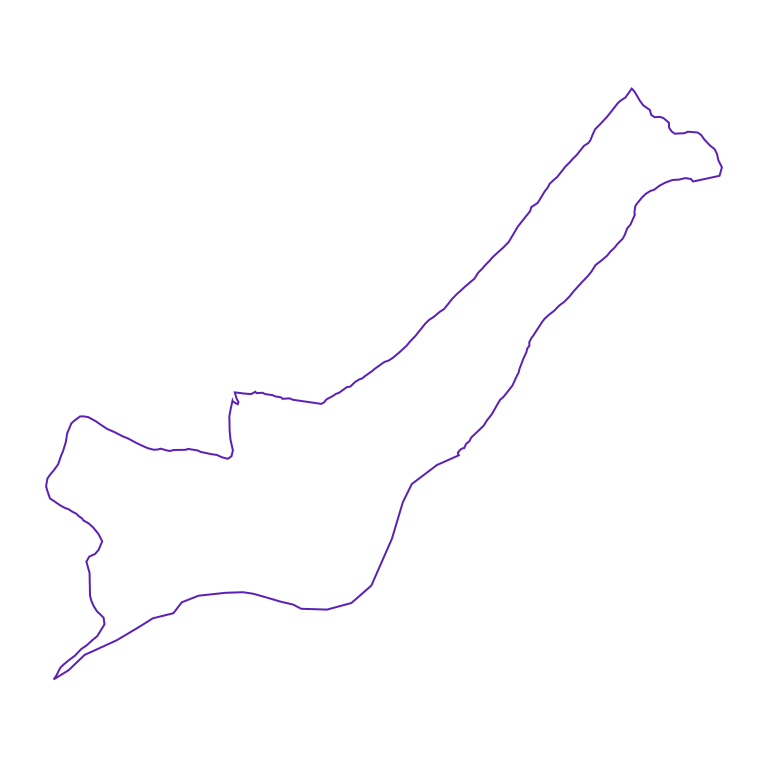 outline of Ibi, Taraba, Nigeria
{"feature_id": "59680162B80393484388201", "entity_name": "Ibi", "entity_type": "district", "adm_level": 2, "iso_a3": "NGA", "parent_name": "Nigeria", "parent_adm1": "Taraba", "projection": "robinson", "projection_center": [9.855, 8.395], "detail": "fine", "context": "isolated", "style": "outline", "palette": "violet", "viewbox_px": 768, "rotation_deg": 0, "n_neighbors": 0, "source": "geoboundaries", "source_scale": "gbopen_adm2", "svg_char_len": 4191}
<svg xmlns="http://www.w3.org/2000/svg" viewBox="0 0 768 768"><path d="M631.7,88.6L625.8,97.0L625.4,97.5L621.2,100.2L618.1,102.8L611.9,110.7L608.8,114.6L606.7,117.2L599.4,125.0L595.3,129.0L593.8,132.0L592.3,135.4L590.5,140.0L590.3,140.5L588.2,143.1L586.7,144.1L584.0,145.8L580.9,149.7L578.8,152.3L577.9,153.5L576.8,154.9L572.6,158.9L570.5,161.5L565.3,166.7L563.3,169.3L560.2,173.2L557.1,177.1L553.9,179.8L549.7,183.7L547.7,187.6L544.6,191.5L541.6,196.6L537.5,203.1L531.2,207.2L530.2,211.0L527.1,214.9L525.6,216.7L525.5,216.9L524.0,218.8L520.9,222.7L517.8,226.6L514.8,231.7L508.7,242.0L503.5,247.3L496.2,253.9L492.0,257.8L489.9,260.4L484.7,265.7L482.6,268.3L480.9,270.0L478.5,272.3L474.4,278.7L471.2,281.4L464.9,286.7L460.7,290.7L457.6,293.3L452.4,298.6L449.3,302.5L446.2,306.4L444.1,309.0L439.9,311.7L433.6,317.0L430.4,319.0L429.3,319.7L425.2,323.7L422.1,327.6L417.9,332.8L415.9,335.4L409.6,342.0L406.5,345.9L405.5,346.7L400.5,351.3L399.2,352.5L392.9,357.8L388.7,360.5L384.4,362.0L380.9,364.4L374.9,368.7L371.7,371.4L369.3,373.0L364.2,376.7L362.4,378.3L359.0,379.5L354.8,382.2L350.3,386.6L346.9,387.1L338.7,393.0L336.2,393.7L332.5,396.2L326.6,399.3L324.2,402.2L321.3,403.9L306.5,401.7L303.2,401.3L302.1,401.1L300.1,400.8L295.9,400.2L292.3,399.6L289.8,398.4L287.4,398.5L282.5,398.8L281.2,397.4L275.0,396.3L272.5,395.1L265.2,394.1L262.7,392.8L256.5,393.1L255.3,391.8L251.1,394.1L243.7,393.5L236.0,392.5L234.8,392.4L235.2,393.8L236.5,398.4L238.5,402.1L237.7,404.2L235.1,402.8L232.7,401.3L232.5,400.7L230.7,408.9L229.3,416.4L229.5,423.1L229.6,430.5L230.5,439.7L232.9,450.4L231.5,456.2L227.9,458.8L222.0,457.3L216.8,454.9L211.6,454.2L200.6,451.9L197.6,450.4L192.4,449.6L188.0,448.9L185.8,449.8L180.7,449.9L174.1,450.0L169.7,451.0L166.0,450.2L160.8,448.7L157.2,449.6L153.5,449.7L147.6,448.1L142.4,445.8L137.2,443.4L128.3,438.6L122.4,436.2L114.9,432.3L107.5,429.1L100.1,424.3L95.6,421.1L88.2,417.1L83.8,416.4L80.1,416.4L74.3,420.7L71.4,423.3L69.3,428.3L67.2,433.3L65.9,441.7L63.1,450.9L61.0,455.9L58.2,464.2L53.9,470.2L50.3,474.4L47.4,478.6L46.1,486.1L47.0,489.6L47.7,491.9L50.0,498.5L54.2,501.2L57.5,503.5L60.9,505.8L65.3,508.1L68.6,509.2L72.0,511.5L76.4,513.8L78.7,516.1L82.1,518.5L82.4,518.9L83.4,520.5L84.8,521.2L88.7,523.4L93.1,527.4L98.4,533.9L102.2,541.3L98.7,549.7L95.1,553.9L89.3,556.6L86.4,561.6L89.6,573.2L89.7,582.2L89.8,583.9L90.0,595.6L91.5,601.3L93.8,606.3L96.9,611.2L103.6,617.7L104.5,624.3L97.3,636.1L92.2,640.3L86.5,645.5L81.4,648.9L74.9,655.7L69.1,660.0L64.0,664.2L60.4,667.6L56.1,676.0L53.7,679.4L68.6,670.2L84.7,654.8L93.7,650.8L116.8,640.2L140.0,626.4L152.8,618.3L173.4,613.2L181.8,602.3L198.5,595.7L225.6,592.8L242.8,592.2L253.1,593.7L264.8,597.0L280.1,601.5L293.2,604.6L301.3,608.8L321.4,609.4L327.0,609.6L340.0,606.1L345.1,604.7L351.4,603.0L353.4,601.2L354.9,600.0L361.6,594.1L371.4,585.5L381.4,562.7L391.9,538.8L402.8,502.3L411.8,484.0L416.1,480.8L421.2,476.9L424.8,474.2L436.9,465.0L441.7,462.9L457.0,456.1L458.8,455.3L457.9,453.8L457.9,452.8L459.6,450.4L460.9,449.2L461.7,448.8L463.0,448.2L464.1,448.2L466.1,443.9L469.3,441.3L471.3,437.4L475.5,433.5L479.7,429.5L483.8,425.5L486.9,420.4L489.0,417.8L492.0,413.9L497.1,404.9L500.2,399.7L503.3,397.1L505.4,394.5L512.4,385.6L516.6,376.4L518.6,372.6L519.5,368.8L521.5,363.7L523.4,358.6L526.4,352.2L527.3,348.4L529.4,345.8L529.3,342.1L531.3,338.2L533.3,335.6L537.4,329.2L542.5,321.4L544.6,318.8L548.8,314.9L551.4,312.9L554.0,310.9L559.2,305.6L564.5,301.6L569.7,296.3L573.8,291.1L582.2,281.9L583.3,280.8L588.4,275.4L591.5,271.5L595.6,265.0L600.8,261.0L607.1,255.7L610.2,251.8L614.4,247.8L617.5,243.9L622.7,238.7L624.8,234.8L627.3,228.2L630.4,224.7L634.8,214.8L634.4,212.4L635.3,206.2L636.5,204.3L637.5,203.0L641.7,197.8L645.8,193.8L650.1,191.1L654.4,189.6L659.6,185.6L664.9,182.8L672.4,180.0L678.9,179.6L685.4,178.1L690.9,179.0L693.1,181.5L719.5,175.8L721.9,167.4L718.3,160.1L717.0,154.0L714.6,149.1L710.1,145.6L707.8,143.2L704.4,139.6L701.0,134.8L697.6,132.5L687.8,131.7L684.6,133.2L680.2,133.4L674.8,133.7L671.5,131.3L669.1,127.7L668.9,122.7L663.3,118.0L660.0,116.9L654.6,117.2L651.2,114.9L649.9,110.0L646.5,107.6L643.2,105.3L639.7,100.5L636.2,94.4L633.9,90.8L631.7,88.6Z" fill="none" stroke="#5b21b6" stroke-width="2"/></svg>